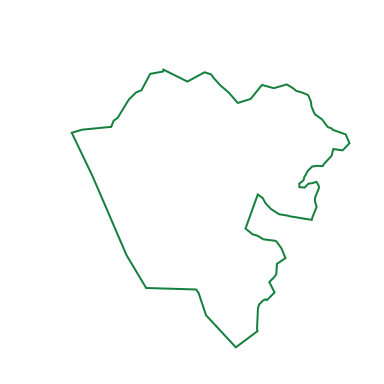 Boki, Cross River, Nigeria (orthographic projection), rotated 109°
{"feature_id": "59680162B37931278966472", "entity_name": "Boki", "entity_type": "district", "adm_level": 2, "iso_a3": "NGA", "parent_name": "Nigeria", "parent_adm1": "Cross River", "projection": "orthographic", "projection_center": [8.95, 6.249], "detail": "fine", "context": "isolated", "style": "outline", "palette": "green", "viewbox_px": 384, "rotation_deg": 109, "n_neighbors": 0, "source": "geoboundaries", "source_scale": "gbopen_adm2", "svg_char_len": 1417}
<svg xmlns="http://www.w3.org/2000/svg" viewBox="0 0 384 384"><g transform="rotate(109 192 192)"><path d="M93.9,270.0L112.2,272.9L116.1,277.3L125.1,281.8L146.0,286.4L150.1,289.3L156.7,289.6L168.8,316.1L175.1,325.0L178.8,321.4L208.9,291.7L230.6,271.9L271.8,234.5L272.8,233.6L297.7,204.1L282.8,156.3L285.4,152.8L303.9,138.7L324.6,100.0L302.1,84.7L300.9,85.7L295.8,87.3L280.4,91.8L276.4,91.9L271.5,89.6L269.6,87.7L269.9,86.0L260.1,81.2L252.0,89.6L251.9,89.6L246.1,86.7L242.4,85.5L232.3,88.3L224.1,82.1L216.3,88.9L216.2,89.0L211.1,96.4L211.0,97.2L213.5,109.1L212.0,116.0L212.3,120.8L209.2,129.5L173.0,129.0L174.6,123.3L178.8,118.7L182.4,111.7L184.7,102.4L183.3,94.5L183.1,91.3L182.4,87.5L182.5,88.2L179.4,69.7L175.6,69.9L167.5,69.4L165.3,69.4L161.2,72.5L157.3,73.8L146.7,73.3L144.7,74.3L141.9,77.6L144.7,81.5L146.2,84.6L151.2,87.0L152.4,92.0L149.2,93.3L144.7,90.4L141.0,90.7L138.8,90.1L134.2,89.4L128.7,86.6L127.4,83.8L127.0,83.6L124.9,76.8L122.6,76.4L112.3,71.8L105.4,72.4L103.6,63.2L102.5,62.6L94.6,59.0L87.5,65.4L87.4,78.9L86.4,80.9L86.4,84.7L84.8,87.2L81.0,92.6L79.0,99.4L79.0,100.0L78.7,100.6L76.8,102.9L74.5,104.8L72.4,106.8L69.4,108.3L68.6,108.4L62.5,113.7L62.1,120.9L62.5,126.3L61.0,130.1L59.4,137.4L67.2,148.4L68.0,160.7L85.0,166.9L92.9,177.7L86.0,189.7L82.0,199.8L77.0,208.9L74.6,212.1L74.7,219.1L89.1,232.3L85.6,258.9L87.5,258.6L93.9,270.0L93.9,270.0Z" fill="none" stroke="#15803d" stroke-width="2"/></g></svg>